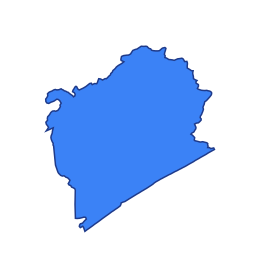 Una, Bahia, Brazil (Equal Earth projection), rotated 61°
{"feature_id": "56859067B7113897673076", "entity_name": "Una", "entity_type": "district", "adm_level": 2, "iso_a3": "BRA", "parent_name": "Brazil", "parent_adm1": "Bahia", "projection": "equal_earth", "projection_center": [-39.164, -15.214], "detail": "fine", "context": "isolated", "style": "filled", "palette": "blue", "viewbox_px": 256, "rotation_deg": 61, "n_neighbors": 0, "source": "geoboundaries", "source_scale": "gbopen_adm2", "svg_char_len": 4041}
<svg xmlns="http://www.w3.org/2000/svg" viewBox="0 0 256 256"><g transform="rotate(61 128 128)"><path d="M65.0,187.0L66.7,186.9L68.1,185.4L68.1,182.7L68.4,181.2L68.6,179.5L68.4,177.8L68.3,176.3L69.1,175.3L70.8,174.5L73.9,174.4L75.0,176.4L76.4,176.7L77.4,178.1L78.6,180.8L78.3,183.2L77.3,184.1L76.6,185.9L77.0,188.0L77.8,189.3L78.6,190.9L79.2,192.8L80.5,193.9L82.2,194.6L83.1,197.0L85.1,197.6L87.0,197.3L88.9,197.2L89.9,198.9L90.9,200.9L91.6,193.3L92.8,194.4L94.3,195.8L95.7,196.7L96.6,197.8L97.6,199.0L98.9,200.0L100.3,200.5L102.2,200.8L103.4,200.9L105.2,200.9L106.5,201.8L107.7,201.8L125.3,209.4L131.5,210.5L133.0,210.7L134.3,210.6L135.4,210.2L136.7,209.9L138.2,208.7L138.8,207.1L139.8,206.6L140.9,206.2L142.2,205.0L143.8,204.5L145.5,204.1L146.7,205.6L147.7,207.3L149.2,207.2L150.6,206.0L152.3,206.0L153.7,204.9L155.2,204.0L156.7,204.2L165.4,209.2L169.0,211.3L181.5,217.8L182.5,216.3L183.4,214.3L184.3,211.1L184.6,209.7L185.6,208.4L187.5,208.6L187.9,210.3L188.5,212.1L189.2,213.9L188.7,216.1L189.4,217.4L190.5,218.3L192.0,218.0L192.0,215.2L193.7,215.1L197.5,215.8L197.1,213.0L196.9,210.8L196.6,208.2L196.3,205.8L196.0,204.0L195.8,201.9L195.5,199.1L195.1,196.3L194.8,194.2L194.6,192.5L194.4,190.8L194.2,189.1L194.0,187.2L193.7,184.9L193.4,182.9L193.3,180.8L193.0,178.3L192.9,176.7L192.7,175.0L192.3,172.4L191.2,171.1L190.2,170.3L190.4,168.2L190.8,166.4L190.7,164.2L190.6,162.5L190.5,160.7L190.4,158.4L190.3,156.4L190.2,154.1L190.1,151.9L190.1,149.9L190.0,148.1L189.9,146.6L189.9,144.8L189.8,143.1L189.8,141.3L189.6,138.6L189.4,135.6L189.2,133.4L188.8,131.7L188.6,129.7L188.6,127.9L188.6,126.1L188.5,124.5L188.6,122.6L188.6,120.3L188.7,117.5L188.7,114.9L188.9,113.0L188.9,110.9L188.9,108.2L189.1,105.7L189.1,103.4L189.2,101.0L189.2,99.3L189.3,97.4L189.3,95.0L189.2,92.6L189.2,90.7L189.2,88.7L189.2,86.8L189.0,85.1L189.0,83.2L189.0,80.7L188.9,78.8L188.9,77.3L188.9,75.2L188.9,72.7L188.7,69.6L188.7,67.5L188.7,65.2L188.7,62.8L187.0,62.7L186.1,65.6L184.6,66.3L183.7,67.8L182.6,66.7L181.4,66.6L180.4,65.8L179.1,66.2L177.7,67.7L176.2,69.3L175.3,71.7L174.0,73.0L172.6,74.5L171.6,75.6L170.6,75.9L169.6,75.0L168.6,74.3L167.2,74.7L165.5,75.1L163.9,76.0L163.4,74.6L163.4,72.3L162.3,70.5L161.6,69.1L160.3,68.2L158.6,68.1L156.8,67.9L156.9,65.8L157.6,63.9L157.2,62.1L156.6,60.3L155.5,59.6L154.0,59.9L152.6,58.8L151.9,57.2L151.1,56.3L150.1,55.0L149.1,53.9L148.1,52.9L146.4,52.5L145.4,51.5L144.3,50.0L143.2,49.0L142.2,48.1L142.1,46.2L141.4,44.1L140.5,41.5L139.6,39.4L138.7,38.3L137.4,37.7L136.1,38.1L135.2,38.8L134.2,40.0L133.3,40.8L132.5,42.6L131.5,44.2L130.5,45.6L129.3,46.7L128.2,47.7L127.1,48.2L125.5,46.0L124.1,45.4L121.9,46.7L120.5,46.2L119.9,44.6L118.6,45.7L116.6,46.8L114.5,45.8L112.7,45.3L111.3,44.8L109.5,43.3L108.7,44.7L107.4,45.3L105.8,46.2L104.4,47.1L102.5,46.2L101.0,45.1L99.9,44.5L98.3,44.2L97.3,46.3L95.8,46.2L94.3,46.3L93.1,47.0L92.4,49.0L91.6,51.0L91.2,54.8L90.0,56.1L88.9,57.6L87.8,59.2L86.7,59.7L85.4,60.5L84.2,61.6L83.0,60.5L81.3,60.5L79.7,59.2L78.3,57.7L76.7,56.2L75.5,56.7L74.8,59.2L75.2,61.2L75.6,63.0L75.1,64.4L74.0,66.4L72.6,68.4L71.4,69.7L69.8,69.8L68.6,71.0L67.3,71.5L66.1,71.7L65.2,72.6L64.3,74.6L62.9,76.8L63.1,79.6L63.3,81.8L62.8,83.6L62.5,86.2L63.4,87.9L64.5,89.9L64.5,92.1L63.6,94.0L62.5,96.8L62.3,99.0L63.3,99.9L64.4,100.9L65.6,101.3L67.0,100.2L68.1,99.5L68.5,102.0L68.6,104.6L68.6,106.1L69.0,108.6L69.7,110.1L70.1,111.6L70.4,113.3L71.5,114.6L72.0,116.7L73.0,117.6L73.4,119.7L74.0,121.4L74.4,123.0L73.7,124.1L73.7,127.0L71.8,128.2L70.7,129.7L71.9,131.1L73.3,132.6L74.1,133.9L72.9,135.7L72.7,138.3L71.0,138.4L70.5,140.0L70.8,141.7L71.3,144.7L71.4,147.8L71.1,152.2L69.8,152.9L68.4,153.0L67.4,152.8L66.3,153.3L66.5,154.7L67.4,156.0L68.3,157.8L69.4,158.9L71.1,157.8L72.9,157.9L74.2,159.0L74.3,160.6L73.0,160.7L71.3,161.6L69.3,162.5L67.8,163.0L66.9,163.9L65.6,164.6L64.6,165.7L63.5,166.1L62.4,167.0L61.3,167.5L61.0,169.9L60.2,171.8L59.0,173.0L58.7,174.7L58.8,176.6L58.5,178.4L58.5,180.1L59.1,181.9L60.3,182.2L61.3,183.0L62.2,184.5L62.8,186.0L63.8,186.4L65.0,187.0Z" fill="#3b82f6" stroke="#1e3a8a" stroke-width="1.5"/></g></svg>